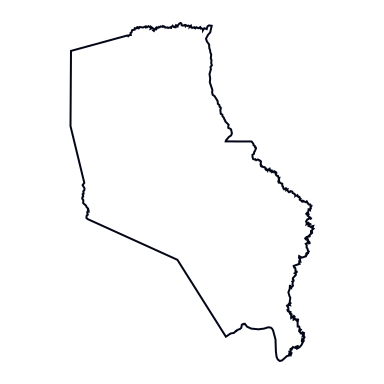 the district of Milán, Caquetá, Colombia
{"feature_id": "7082276B138661064638", "entity_name": "Milán", "entity_type": "district", "adm_level": 2, "iso_a3": "COL", "parent_name": "Colombia", "parent_adm1": "Caquetá", "projection": "robinson", "projection_center": [-75.283, 1.126], "detail": "fine", "context": "isolated", "style": "outline", "palette": "ink", "viewbox_px": 384, "rotation_deg": 0, "n_neighbors": 0, "source": "geoboundaries", "source_scale": "gbopen_adm2", "svg_char_len": 5982}
<svg xmlns="http://www.w3.org/2000/svg" viewBox="0 0 384 384"><path d="M71.0,50.9L70.5,126.1L84.3,182.9L82.6,185.1L84.5,188.3L84.3,190.3L83.3,191.2L83.6,193.7L82.7,194.1L83.2,196.6L82.5,197.0L82.2,198.6L83.3,200.1L83.2,203.1L86.0,205.6L86.6,207.1L88.1,208.6L87.9,209.3L88.6,210.3L88.6,210.9L88.3,210.6L88.2,211.1L87.9,210.9L87.2,212.3L87.8,214.7L86.7,215.5L86.4,217.9L87.7,219.1L177.4,259.8L225.9,336.7L230.6,333.5L233.9,332.9L235.9,331.0L236.4,331.1L236.9,330.2L240.3,328.8L241.3,327.7L241.8,324.9L243.2,323.9L243.9,324.3L244.8,323.8L247.1,326.7L251.2,328.6L258.5,329.3L264.1,328.6L268.2,327.3L270.7,327.6L272.0,328.6L273.1,330.5L275.5,339.5L275.9,351.6L276.6,357.0L277.8,359.5L279.8,361.0L282.1,360.4L287.0,356.0L288.8,355.7L289.1,354.2L290.7,355.3L291.5,353.1L289.8,352.5L289.5,351.8L290.7,351.8L290.4,349.2L291.1,348.7L291.2,349.6L291.6,349.6L293.0,347.0L295.2,347.8L295.9,346.7L297.7,346.1L297.8,346.7L296.5,348.1L296.9,348.7L299.5,347.2L301.4,345.1L303.1,341.8L303.0,341.5L301.9,341.4L301.8,340.8L302.3,338.7L303.6,339.7L303.5,338.5L304.5,337.4L304.2,336.5L303.1,336.2L303.7,335.6L304.0,333.0L303.4,332.7L303.4,334.1L302.7,334.6L302.2,332.6L301.0,333.4L299.1,331.1L299.2,330.4L300.5,330.3L300.9,329.7L299.7,329.0L299.2,326.6L297.7,326.5L297.6,322.4L298.1,319.6L297.2,319.4L296.9,320.9L295.0,318.8L293.6,319.6L293.6,317.8L294.6,316.8L293.9,315.9L291.2,317.9L291.1,316.4L291.6,314.3L291.3,314.1L290.9,314.7L289.9,313.6L289.8,313.1L290.5,312.5L290.5,312.0L288.9,311.7L288.7,310.9L288.1,311.2L287.7,310.8L287.5,309.8L288.4,309.5L288.3,307.7L287.0,305.8L287.3,305.4L288.1,305.5L288.6,304.3L289.5,305.1L290.0,305.2L289.5,304.0L290.5,303.1L289.7,302.3L290.3,297.6L289.5,296.2L288.4,292.3L289.7,288.9L289.9,285.8L290.2,285.8L290.6,287.3L291.2,287.8L291.3,286.7L292.1,286.7L293.0,285.7L292.5,284.3L292.8,282.3L292.3,281.5L293.6,280.8L293.5,280.0L292.8,279.1L293.0,278.0L295.8,275.0L295.8,273.8L294.8,273.2L296.8,271.9L296.5,271.4L295.5,271.3L295.4,268.5L295.1,267.8L294.2,267.6L293.7,265.9L299.5,263.9L299.0,263.2L299.9,262.0L299.2,261.2L299.4,260.7L300.2,261.1L299.9,260.0L300.2,259.0L299.0,257.9L299.2,256.1L301.9,257.6L305.9,256.3L305.8,255.3L306.8,254.7L306.4,253.6L308.1,253.2L308.2,252.8L307.5,252.5L308.7,251.4L307.9,250.5L307.4,248.5L306.6,247.5L306.7,245.1L305.8,243.9L308.3,242.3L308.9,243.4L309.6,243.2L309.3,241.9L307.3,240.6L307.3,240.3L308.0,239.9L307.3,238.2L306.6,238.0L305.6,239.0L305.2,238.4L306.6,237.0L309.2,236.5L309.0,235.9L309.7,235.9L309.9,234.7L312.1,232.9L312.1,232.6L311.0,232.7L311.0,231.0L312.0,230.7L312.3,229.6L313.5,228.7L311.8,227.6L312.8,227.1L313.2,226.0L310.3,226.6L308.6,226.0L308.9,224.9L310.2,224.1L308.6,223.1L308.3,223.3L308.8,224.1L308.0,224.6L307.7,224.3L307.7,223.3L306.6,224.1L306.8,223.1L306.1,221.4L306.6,221.0L306.9,220.0L307.5,219.3L308.4,219.1L309.1,218.2L310.6,218.8L311.0,218.5L310.3,217.5L309.0,216.9L307.4,215.4L307.5,214.9L308.2,215.4L308.7,214.3L308.3,213.8L307.5,213.2L307.2,214.3L306.3,213.8L307.1,212.7L308.1,212.5L308.6,209.4L310.0,210.1L309.9,209.0L310.8,208.5L310.5,207.5L311.3,206.2L310.5,206.1L310.5,204.8L310.1,204.4L308.6,204.4L306.8,201.4L306.0,202.3L303.0,200.8L302.7,201.7L301.9,201.5L301.4,200.7L299.8,199.8L299.7,199.3L300.4,198.7L299.9,198.3L299.4,196.9L298.4,197.0L297.5,195.4L297.1,195.9L295.7,195.3L295.3,195.7L295.3,195.1L294.4,193.8L292.6,193.0L292.3,191.6L290.4,191.1L289.9,192.0L288.9,192.2L287.5,190.6L287.2,189.9L287.4,189.4L286.9,189.5L287.1,189.0L286.2,189.8L286.2,188.4L285.6,188.3L284.1,189.3L283.4,188.4L283.0,186.6L282.4,186.2L282.2,183.7L280.2,183.0L279.6,182.2L278.7,182.5L278.3,181.2L279.1,180.7L278.7,178.5L279.1,178.8L279.3,177.9L278.7,178.0L277.9,175.9L277.0,175.9L275.8,174.6L275.8,173.3L276.4,172.9L276.2,172.4L275.3,171.8L274.4,172.3L274.2,171.7L273.9,172.0L273.3,171.5L272.3,172.0L272.3,171.5L271.7,171.6L271.7,170.5L270.7,170.4L270.3,170.8L269.9,169.6L269.7,170.0L268.8,170.1L268.7,169.6L268.4,170.0L267.5,169.8L267.4,170.4L267.0,169.8L266.9,170.2L265.9,169.8L265.4,169.0L265.3,167.9L264.6,167.1L263.2,167.1L262.3,166.3L261.8,166.5L261.4,165.8L261.1,165.9L261.1,165.3L260.6,164.8L261.0,164.1L260.6,163.2L261.0,161.6L260.4,160.8L259.5,160.7L259.2,160.1L257.8,159.5L256.1,160.2L255.3,159.2L254.4,159.5L253.2,159.1L252.6,157.5L252.4,154.9L254.0,153.7L254.1,152.2L254.8,151.3L256.0,148.3L255.9,147.6L255.1,147.4L254.7,145.8L253.6,145.3L253.4,143.9L251.9,141.8L251.4,141.5L225.7,141.4L225.9,140.5L228.8,137.0L230.9,135.6L231.4,134.8L231.9,133.3L231.1,129.6L230.7,129.0L228.3,127.9L228.2,126.9L228.6,124.7L225.3,121.5L225.2,120.4L224.4,119.5L223.9,117.8L222.6,116.4L222.3,114.6L220.8,113.9L220.3,109.8L220.8,108.6L220.7,107.5L219.6,106.8L219.3,104.9L217.9,103.9L217.6,101.0L214.6,96.2L212.6,94.7L212.1,92.2L212.4,90.7L212.2,89.4L209.8,82.3L210.2,78.7L209.5,74.1L210.9,69.2L210.5,67.0L211.9,65.2L211.2,63.2L211.5,60.0L210.8,58.6L211.2,54.4L210.4,52.7L210.0,49.9L209.3,48.2L209.1,44.5L206.9,41.5L206.0,38.7L208.0,34.9L210.2,32.4L211.7,25.8L209.0,25.4L207.5,26.4L206.7,29.1L204.3,28.2L203.0,30.2L203.0,29.6L201.5,28.2L200.6,28.6L199.9,28.1L200.0,27.3L198.2,28.2L196.5,27.3L195.4,28.4L194.6,28.0L195.0,27.4L194.3,27.2L192.2,27.9L192.0,27.5L191.3,27.4L190.9,25.7L189.6,26.9L189.7,26.1L188.4,25.6L187.4,26.0L185.9,25.2L185.4,26.1L184.8,25.0L183.0,25.6L181.7,25.3L181.4,23.6L180.7,23.0L179.6,23.4L178.1,25.0L177.6,26.4L176.3,25.4L176.0,26.5L175.5,26.0L175.0,27.3L173.6,26.9L172.6,25.8L172.2,26.5L171.0,27.0L171.0,27.9L169.2,27.5L168.1,28.0L167.4,27.4L165.2,27.6L164.6,26.6L163.0,26.1L162.8,26.9L160.7,26.4L159.8,27.2L159.0,26.9L158.5,27.7L156.5,27.3L156.0,27.9L156.8,28.1L156.7,28.7L156.0,29.5L154.6,29.2L153.9,30.9L153.2,30.4L153.8,29.8L153.7,29.0L152.7,28.1L150.9,28.7L151.6,27.3L150.5,26.5L149.9,27.2L148.4,26.2L147.0,27.3L146.3,26.6L145.7,27.2L145.4,26.5L143.0,27.5L139.7,27.0L138.7,28.4L138.1,28.2L138.1,27.3L137.3,27.1L136.0,28.5L134.8,28.2L134.6,29.7L132.2,30.1L131.5,32.4L130.5,33.1L130.8,35.0L129.3,35.1L128.2,36.2L127.3,35.5L71.0,50.9Z" fill="none" stroke="#020617" stroke-width="2"/></svg>